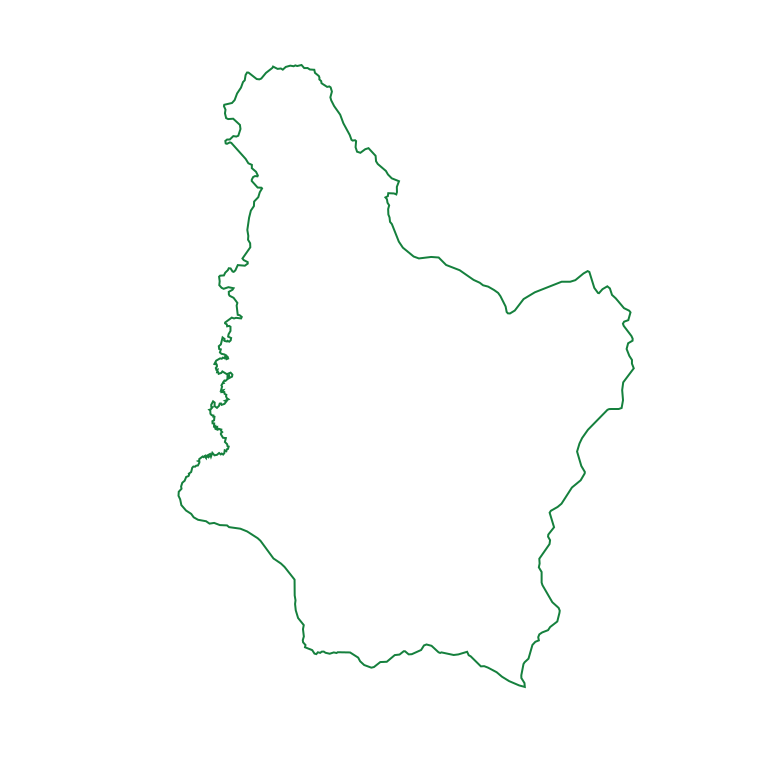 Phu Ruea, Loei, Thailand, rotated 18°
{"feature_id": "78962969B51593367753685", "entity_name": "Phu Ruea", "entity_type": "district", "adm_level": 2, "iso_a3": "THA", "parent_name": "Thailand", "parent_adm1": "Loei", "projection": "natural_earth1", "projection_center": [101.314, 17.413], "detail": "fine", "context": "isolated", "style": "outline", "palette": "green", "viewbox_px": 768, "rotation_deg": 18, "n_neighbors": 0, "source": "geoboundaries", "source_scale": "gbopen_adm2", "svg_char_len": 6165}
<svg xmlns="http://www.w3.org/2000/svg" viewBox="0 0 768 768"><g transform="rotate(18 384 384)"><path d="M521.6,621.5L534.0,620.2L538.3,618.2L545.8,613.0L548.4,615.8L550.6,616.2L563.4,622.6L566.5,621.4L570.4,621.6L580.2,623.3L586.6,625.9L594.7,627.9L605.7,628.9L611.5,628.6L610.0,625.0L605.5,621.2L604.6,618.6L603.2,607.2L603.7,605.2L606.3,600.6L605.8,586.3L607.6,582.4L610.5,580.0L608.9,577.1L609.1,574.1L611.2,571.4L616.1,567.4L617.1,563.8L622.2,556.3L621.6,547.6L621.2,545.3L619.3,543.0L611.5,539.5L596.9,526.4L595.3,524.2L592.0,514.1L587.9,510.5L587.5,506.7L585.7,502.2L590.9,485.1L590.2,481.2L587.2,478.5L586.8,476.4L590.0,467.7L581.3,455.2L581.9,453.0L587.1,447.3L589.8,443.0L594.7,424.4L600.8,414.8L602.5,407.1L602.2,405.6L597.0,401.0L588.5,388.6L588.3,380.2L589.1,374.2L592.1,364.5L604.5,339.5L606.0,338.2L615.0,335.2L617.4,333.4L616.3,325.5L612.4,316.2L611.0,308.5L616.7,291.9L613.5,288.0L612.4,284.5L608.6,281.4L603.9,275.7L603.6,269.8L607.0,266.0L606.5,264.1L604.5,261.9L594.0,254.6L592.6,252.8L593.1,250.5L596.6,247.8L596.3,239.7L594.5,238.5L588.8,237.7L577.9,230.9L573.3,228.8L569.3,223.3L566.2,222.1L562.5,226.3L560.4,231.2L559.4,231.3L554.3,227.6L544.7,214.0L542.8,213.7L539.6,217.2L533.9,226.1L529.5,229.2L521.4,231.8L499.1,250.2L490.5,260.1L485.7,273.7L482.0,278.0L480.0,278.5L478.4,277.6L475.7,272.7L467.6,264.5L464.4,262.1L459.6,260.6L453.0,259.2L447.7,259.5L443.8,258.1L437.0,257.3L420.8,252.4L406.3,251.6L396.9,246.8L389.6,248.6L378.4,253.8L372.8,253.6L359.8,248.5L354.1,244.0L342.1,229.5L339.6,227.9L337.8,223.9L335.8,221.5L333.9,216.4L333.7,212.5L331.3,210.5L329.7,207.4L327.7,206.1L329.6,204.2L329.1,201.2L334.6,199.7L337.1,199.9L337.0,197.4L335.3,192.6L335.6,186.5L327.8,186.0L323.0,183.5L320.0,180.8L310.1,176.7L307.6,174.6L305.5,169.6L296.4,164.5L293.6,166.5L290.1,171.4L286.6,171.4L283.8,167.6L282.4,161.6L281.2,161.1L278.9,162.2L277.6,161.8L274.5,157.8L264.8,148.6L259.1,141.4L250.7,135.1L246.1,130.5L244.4,127.9L244.1,122.0L241.6,118.4L240.1,117.9L238.1,119.0L231.7,117.3L230.6,115.3L228.4,114.3L227.9,112.5L226.8,111.2L222.2,109.4L220.6,106.7L216.3,107.8L213.7,107.1L210.5,108.2L207.0,106.1L203.2,108.4L201.2,108.4L199.9,109.7L196.5,110.2L192.6,112.8L190.6,116.3L188.4,115.8L185.4,117.2L180.4,116.4L180.2,117.8L175.6,124.6L172.9,131.4L171.3,132.8L168.7,133.3L158.9,129.7L157.5,130.1L156.9,132.9L157.7,138.2L156.6,140.4L156.4,146.3L154.5,153.1L154.2,160.1L152.6,163.7L145.8,167.8L145.9,169.2L148.5,172.1L149.1,175.7L151.7,179.9L153.9,180.2L158.6,178.3L166.9,182.1L168.7,185.8L168.7,192.9L167.1,194.3L164.1,194.8L161.8,199.1L159.2,200.0L158.0,201.9L159.1,204.1L160.4,204.1L162.8,201.8L164.3,201.9L182.9,212.7L186.8,216.0L190.6,216.4L191.6,219.6L196.7,221.7L199.6,224.7L199.5,225.6L197.1,226.1L195.6,227.6L195.1,230.5L195.5,231.8L203.1,236.2L206.8,235.2L207.6,235.7L206.6,240.0L206.7,245.2L204.1,250.6L205.3,255.0L203.8,260.2L204.3,267.5L206.4,279.7L209.2,285.1L210.1,288.8L213.2,291.5L214.6,295.3L210.6,308.4L212.3,309.5L216.7,310.2L217.2,311.6L215.1,314.5L208.2,316.1L207.5,321.9L206.4,323.8L205.2,323.8L202.4,321.5L200.6,321.9L200.3,324.0L198.6,327.2L198.2,330.2L194.7,331.6L194.0,332.9L196.0,337.1L196.8,340.9L199.8,342.7L202.1,343.0L206.1,340.0L211.3,339.4L210.8,341.2L207.9,344.3L208.8,346.8L209.9,347.8L214.3,348.5L219.5,352.2L219.6,354.9L223.5,363.4L225.5,363.2L228.0,364.2L227.8,365.8L222.8,366.8L221.1,368.0L218.7,367.9L213.9,374.6L214.1,375.4L216.1,375.9L217.0,377.6L218.8,376.6L220.3,377.0L221.6,381.0L220.8,384.7L221.1,387.1L224.4,387.5L224.7,389.9L223.7,391.6L221.8,391.3L221.5,392.1L219.1,392.3L218.5,392.0L218.5,390.5L216.1,389.6L216.6,396.8L215.2,399.1L216.4,401.6L218.1,401.5L218.2,404.7L220.1,405.5L223.3,405.2L226.9,406.5L227.9,407.9L226.7,408.9L225.7,406.9L225.4,408.1L224.5,407.7L224.6,408.8L222.6,408.7L221.9,410.1L220.2,410.3L217.2,413.6L216.5,417.4L217.1,417.4L217.4,415.8L219.2,417.6L219.7,419.0L219.1,420.8L220.2,422.3L221.3,421.6L221.6,424.4L222.6,424.0L223.6,425.4L225.9,423.7L226.4,422.0L231.5,423.2L234.6,420.6L236.9,421.9L237.2,423.9L234.9,426.3L234.0,423.8L232.7,424.8L233.6,427.7L232.3,430.0L231.2,430.0L230.5,432.0L231.3,432.6L230.3,433.3L229.8,435.5L230.8,436.5L231.0,440.8L233.0,439.6L232.3,441.8L234.6,441.0L235.4,442.6L237.4,443.0L237.6,444.6L239.0,446.1L240.8,446.6L238.1,449.0L239.5,449.1L238.4,452.2L236.0,454.0L234.9,452.9L233.8,453.4L233.8,455.8L232.5,458.3L229.7,457.4L228.7,454.0L226.8,453.3L226.1,457.2L226.8,459.1L228.1,459.0L227.0,461.7L225.9,462.5L227.0,463.0L228.1,465.9L229.7,466.9L231.5,466.7L231.7,467.8L232.9,467.6L233.6,471.1L232.3,472.4L233.1,474.4L234.7,474.0L235.5,477.2L236.6,477.3L237.0,476.3L237.6,477.1L238.5,476.5L238.6,477.4L237.1,478.0L237.6,478.8L240.0,478.9L240.4,477.7L243.3,477.6L243.2,478.7L245.0,479.7L244.1,481.3L244.4,482.2L247.5,484.9L250.3,484.3L250.6,488.3L253.4,489.7L254.4,491.5L255.6,491.5L255.7,493.9L254.7,494.7L254.8,496.6L253.0,496.3L253.5,499.1L252.8,500.8L251.2,500.3L250.5,501.4L248.5,500.6L247.0,503.0L244.8,504.2L242.0,502.5L241.9,506.6L240.2,504.3L238.4,506.2L238.9,507.3L240.0,507.2L239.7,508.0L237.0,507.3L237.5,509.3L235.6,508.1L234.9,509.3L233.9,509.0L231.5,512.5L232.0,514.1L231.2,514.7L232.4,514.9L232.7,515.8L232.2,519.0L230.6,519.7L229.9,521.0L228.2,521.4L227.5,522.9L227.8,527.3L226.1,529.6L226.7,530.3L226.5,532.0L224.6,533.5L224.3,537.6L222.7,540.2L222.7,544.2L223.8,546.2L222.1,549.9L223.1,553.8L225.8,556.7L228.7,561.8L234.8,565.5L240.8,567.1L244.2,569.6L249.1,570.6L257.2,569.5L261.2,570.7L265.4,568.6L271.5,568.9L278.4,567.0L280.9,568.0L292.1,566.0L299.3,566.5L311.5,569.7L315.0,571.3L332.8,584.1L341.5,586.6L346.1,588.8L359.4,597.7L364.4,612.7L366.7,617.1L367.4,620.7L370.0,626.5L374.6,633.1L382.2,638.1L382.7,642.2L385.8,648.9L385.9,652.7L386.9,654.7L390.0,656.5L390.2,658.8L398.0,659.3L401.2,661.9L403.1,661.8L404.0,659.6L406.4,659.4L407.5,657.8L409.4,657.1L411.4,657.7L415.7,657.3L419.2,654.8L422.0,654.5L422.9,653.4L434.7,649.8L444.0,652.2L447.0,655.1L452.0,657.4L459.6,657.7L461.9,656.3L466.4,649.6L472.5,647.3L478.0,638.5L482.4,636.5L485.3,632.1L486.6,631.7L491.0,633.5L493.9,632.4L501.5,625.5L502.8,620.3L504.9,618.6L510.1,618.3L518.8,622.3L520.5,622.4L521.6,621.5Z" fill="none" stroke="#15803d" stroke-width="2"/></g></svg>